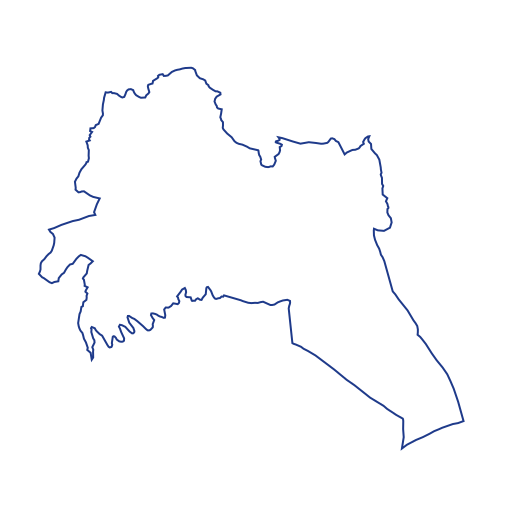 Los Reyes, Veracruz, Mexico, rotated 273°
{"feature_id": "50627088B91246987771554", "entity_name": "Los Reyes", "entity_type": "district", "adm_level": 2, "iso_a3": "MEX", "parent_name": "Mexico", "parent_adm1": "Veracruz", "projection": "orthographic", "projection_center": [-97.042, 18.672], "detail": "fine", "context": "isolated", "style": "outline", "palette": "blue", "viewbox_px": 512, "rotation_deg": 273, "n_neighbors": 0, "source": "geoboundaries", "source_scale": "gbopen_adm2", "svg_char_len": 6015}
<svg xmlns="http://www.w3.org/2000/svg" viewBox="0 0 512 512"><g transform="rotate(273 256 256)"><path d="M71.4,411.8L75.4,416.6L80.6,425.3L83.8,432.0L87.6,438.7L90.4,443.1L92.5,447.6L94.2,450.9L95.8,454.8L98.5,461.4L99.7,466.5L102.0,471.9L121.0,465.5L133.8,460.4L141.3,456.7L147.9,453.2L154.4,448.2L161.3,441.9L168.0,436.6L177.0,430.2L181.4,426.4L183.8,424.2L185.8,421.5L188.2,421.6L191.1,421.5L194.5,420.7L197.2,418.9L200.0,416.6L209.6,410.2L220.2,400.7L225.0,397.1L227.8,394.4L257.6,384.4L261.4,382.5L263.8,380.7L266.7,379.8L269.8,378.6L273.1,376.5L278.5,374.0L282.8,372.7L287.7,372.3L289.4,372.4L288.0,376.3L287.8,382.5L291.3,388.3L296.6,389.7L300.8,388.7L303.6,386.2L306.3,384.9L309.8,384.8L310.6,385.6L311.7,385.7L312.4,385.2L314.9,384.5L317.4,382.9L320.6,384.1L324.0,379.3L330.1,378.7L332.6,379.4L334.6,378.1L340.6,377.7L343.0,376.6L344.0,376.3L345.7,377.0L348.9,376.2L351.1,375.9L358.7,374.1L363.1,371.4L364.8,369.4L368.9,365.6L373.9,365.0L376.2,362.5L378.6,361.9L381.5,362.9L381.2,361.5L379.4,359.1L378.2,358.3L375.5,357.0L373.7,357.8L371.3,354.6L369.8,353.8L368.8,352.9L367.3,349.6L367.0,347.0L366.5,345.8L364.1,341.3L362.1,339.2L374.0,332.3L375.1,329.7L376.8,328.2L377.5,326.0L377.2,324.6L373.6,322.2L372.7,321.2L371.7,317.2L371.5,315.2L372.0,309.9L372.4,302.8L370.5,294.5L372.3,286.7L375.1,276.1L375.7,272.2L374.2,273.4L373.2,273.5L372.3,272.2L371.6,270.0L370.8,269.7L370.4,270.1L369.3,274.4L368.5,276.0L367.1,275.7L366.0,274.0L362.7,274.5L360.7,274.0L359.0,273.2L356.0,269.5L354.8,269.8L352.1,270.8L348.2,269.4L346.3,268.0L346.3,266.0L345.5,264.1L345.4,262.8L345.6,260.5L346.9,257.3L347.5,256.5L350.9,255.5L352.6,256.1L355.5,255.0L356.8,254.0L358.7,253.4L361.4,252.9L361.7,252.7L363.2,244.1L364.7,241.3L366.5,236.6L367.1,233.0L368.0,230.6L369.5,228.5L373.3,225.5L376.8,220.8L380.7,216.9L382.2,216.1L384.5,216.2L387.9,216.0L390.0,214.1L390.7,214.0L392.7,213.1L396.4,213.7L400.7,214.1L401.3,210.5L402.3,209.3L403.9,208.9L405.1,207.9L408.1,206.5L410.9,207.0L413.1,208.4L415.5,212.1L417.2,211.8L418.4,208.8L418.3,207.1L419.7,204.3L421.7,201.0L422.9,199.9L424.1,199.5L425.5,197.4L428.6,196.1L429.7,194.0L430.6,190.6L433.3,187.5L437.5,185.7L438.5,185.5L440.2,183.1L440.6,181.4L440.0,175.5L439.3,172.6L438.4,170.2L437.8,167.6L437.1,165.5L435.4,162.3L431.7,158.5L431.2,156.5L431.0,154.5L432.7,153.3L431.9,150.0L430.7,148.7L429.6,149.1L428.6,148.5L425.5,144.0L424.3,143.9L422.8,143.6L422.5,142.5L421.3,139.5L420.0,139.1L418.9,139.3L417.2,139.8L414.1,140.9L412.7,140.1L410.7,138.0L408.5,137.1L408.0,132.8L408.7,130.9L410.3,127.9L411.9,126.4L413.7,125.3L415.2,124.7L416.1,122.3L415.7,120.0L414.5,118.6L413.1,117.8L410.6,117.1L408.0,116.1L407.3,114.2L407.9,112.7L409.0,110.8L410.6,108.8L411.2,105.8L411.1,104.0L412.3,102.7L411.4,99.5L411.6,97.3L406.0,96.0L403.9,95.9L399.4,95.2L393.3,95.0L390.2,95.7L388.5,95.7L386.1,94.1L379.7,91.9L378.3,89.1L376.4,88.5L375.2,87.2L374.8,84.0L372.1,83.8L371.3,85.8L368.0,83.6L366.5,84.4L365.3,83.3L363.7,83.2L362.7,83.9L361.4,80.6L357.8,82.1L355.3,82.4L353.0,83.5L347.4,83.6L344.9,84.0L341.4,83.3L340.8,81.8L339.7,81.6L338.3,80.8L333.5,77.1L330.0,75.4L326.2,74.4L323.9,72.7L320.7,71.3L314.6,72.4L312.8,72.3L310.3,75.4L310.6,77.1L311.3,78.5L311.6,80.8L307.8,87.0L306.5,90.3L305.3,96.9L299.4,94.4L291.3,92.0L288.6,93.4L287.2,87.1L282.9,77.3L281.3,71.2L276.9,60.1L273.3,52.9L271.5,47.9L269.3,49.4L267.3,52.1L263.8,53.9L258.6,53.8L256.0,53.4L250.6,51.8L248.7,50.7L247.1,48.8L244.8,46.8L241.8,44.8L239.5,42.5L237.5,41.5L235.3,41.3L231.3,41.5L229.4,41.1L226.8,40.1L223.5,43.6L222.9,45.1L219.0,51.2L218.2,53.6L219.5,56.0L220.4,59.9L223.6,60.2L227.4,62.9L229.2,65.2L232.5,66.8L235.0,68.3L237.8,70.7L238.6,73.4L243.8,76.8L246.4,79.1L247.9,81.0L246.8,85.7L245.5,88.1L242.2,93.3L240.0,91.3L238.3,89.3L232.4,88.2L229.7,87.9L225.6,84.7L224.4,84.3L223.3,85.4L218.5,86.5L217.2,86.4L215.9,89.5L212.7,87.8L211.4,87.5L209.7,89.6L207.4,88.9L205.5,89.1L203.3,88.9L200.8,86.0L196.8,85.7L196.0,84.3L191.4,83.8L188.8,82.8L179.7,81.9L176.7,82.6L174.8,83.3L172.8,84.3L171.6,85.2L170.2,86.6L168.1,87.4L164.4,88.5L160.8,90.7L155.5,92.8L153.4,92.4L150.7,95.9L143.9,97.4L146.1,98.7L152.0,98.3L153.9,98.4L156.4,97.3L161.1,99.3L163.4,99.0L165.3,97.7L171.5,95.5L174.1,95.6L175.2,95.0L176.5,95.7L175.4,98.8L173.7,99.8L172.6,100.8L169.8,104.0L168.4,106.5L159.3,112.3L157.6,113.6L157.0,114.7L157.6,116.4L158.5,116.8L159.9,117.1L161.4,116.6L167.8,117.2L168.4,117.8L168.3,118.9L166.9,120.4L165.3,121.3L163.6,123.9L163.3,125.8L163.5,127.4L164.5,128.6L166.9,128.6L173.1,125.3L176.5,123.9L178.3,122.8L180.2,123.7L179.9,125.7L178.4,129.2L174.0,133.7L172.3,136.2L172.3,137.2L173.3,138.3L174.6,138.5L177.7,137.3L182.8,132.9L188.0,130.9L189.4,131.2L189.5,132.4L187.6,135.6L186.8,137.8L184.7,140.9L180.1,146.8L177.4,149.8L176.1,151.6L176.1,153.1L176.7,154.4L179.3,156.6L180.8,156.7L182.5,156.4L186.7,157.7L188.8,155.9L191.5,154.2L193.1,154.5L193.3,155.9L192.9,158.2L192.3,160.0L191.2,161.7L190.5,163.4L190.2,165.0L189.4,167.1L189.7,168.3L192.1,168.5L197.8,167.1L199.8,168.5L199.9,171.4L201.6,173.8L204.4,175.8L204.1,178.4L203.8,180.3L205.1,181.5L206.9,181.8L208.8,180.7L210.4,180.3L211.5,179.3L216.3,182.6L218.6,183.9L220.3,186.6L218.3,187.7L216.2,188.1L213.4,187.5L212.2,187.8L211.4,188.8L211.3,192.9L208.3,194.1L207.8,194.6L208.1,196.1L208.1,197.4L209.7,198.5L210.7,200.1L209.4,202.4L209.3,203.9L211.6,205.0L215.2,207.8L221.3,208.1L222.2,208.5L222.6,209.7L219.4,212.4L218.3,213.1L214.5,214.8L212.4,216.2L211.2,217.5L211.1,218.7L211.8,220.5L212.1,222.2L213.7,223.7L213.7,225.4L215.0,226.1L211.0,243.2L210.3,245.1L208.9,250.6L208.7,253.8L209.2,257.5L209.2,260.2L210.2,263.1L210.7,265.5L207.8,273.0L207.9,274.6L208.5,277.0L210.8,280.1L212.0,282.7L213.0,285.2L213.9,289.6L212.9,292.3L211.2,292.5L209.8,292.3L208.0,291.8L205.4,291.4L170.9,296.9L170.3,298.1L169.7,300.3L167.7,305.7L165.9,308.3L163.9,312.8L159.8,320.6L146.8,339.9L137.1,353.0L132.1,361.1L120.5,377.4L113.0,391.3L110.2,394.9L104.6,404.4L101.3,411.1L100.2,411.5L98.9,411.7L90.8,412.0L82.8,413.0L71.4,411.8Z" fill="none" stroke="#1e3a8a" stroke-width="2"/></g></svg>